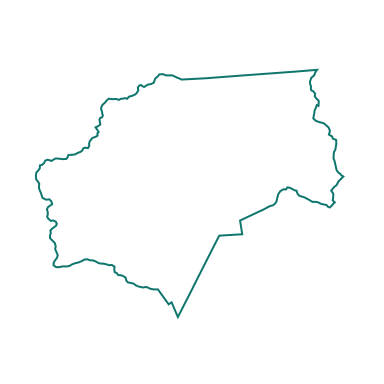 Santa Cruz, Pernambuco, Brazil (Albers equal-area conic projection), rotated 81°
{"feature_id": "56859067B26223419026815", "entity_name": "Santa Cruz", "entity_type": "district", "adm_level": 2, "iso_a3": "BRA", "parent_name": "Brazil", "parent_adm1": "Pernambuco", "projection": "albers", "projection_center": [-40.303, -8.286], "detail": "fine", "context": "isolated", "style": "outline", "palette": "teal", "viewbox_px": 384, "rotation_deg": 81, "n_neighbors": 0, "source": "geoboundaries", "source_scale": "gbopen_adm2", "svg_char_len": 3283}
<svg xmlns="http://www.w3.org/2000/svg" viewBox="0 0 384 384"><g transform="rotate(81 192 192)"><path d="M141.9,338.0L144.9,338.7L147.0,340.8L148.3,342.6L150.5,343.4L153.1,343.8L155.1,343.9L157.1,342.8L159.8,341.6L163.9,342.5L166.4,342.2L169.0,341.4L171.9,341.0L174.4,340.6L176.8,337.2L176.9,334.1L179.0,332.5L182.2,332.0L183.2,334.1L184.4,336.6L186.5,338.0L189.4,337.6L192.0,338.1L193.7,339.0L195.7,338.2L198.4,336.1L198.4,333.5L200.0,331.2L202.3,330.5L204.1,331.6L205.2,333.7L206.4,336.1L207.9,337.9L210.5,337.9L212.8,339.1L215.4,339.4L217.7,337.8L220.9,335.5L224.3,335.1L226.9,336.1L229.6,335.4L233.1,334.5L235.6,335.4L237.0,336.8L238.6,338.4L240.1,339.6L242.7,340.2L244.9,338.1L245.5,334.5L245.2,331.6L245.9,327.7L245.9,324.5L244.8,322.1L244.1,318.9L243.8,315.1L243.0,311.7L241.8,308.3L242.3,305.4L243.5,303.4L244.1,300.4L245.5,298.0L247.6,295.4L248.4,293.4L249.0,290.4L250.2,287.5L251.4,285.2L251.5,282.6L253.7,280.2L256.2,280.9L259.1,280.9L260.3,279.0L262.5,277.9L263.1,275.2L264.3,273.1L266.1,271.0L269.3,270.7L271.3,269.4L272.1,267.1L273.5,263.8L275.2,262.4L276.9,259.8L277.8,257.5L278.7,255.2L278.5,252.6L279.4,250.6L280.9,248.6L282.2,245.2L282.9,240.9L299.3,232.6L297.8,229.4L313.3,225.5L287.1,206.4L284.6,204.7L272.3,195.8L252.5,181.5L239.4,171.9L241.6,149.0L227.7,149.0L223.0,132.9L220.8,125.2L220.1,122.9L219.1,120.2L218.1,117.2L217.8,114.1L216.4,111.7L214.6,110.1L212.4,109.2L207.9,107.3L205.0,104.7L203.6,101.3L204.2,98.8L202.4,97.1L203.0,95.0L204.4,92.9L206.4,90.4L207.0,88.6L210.4,88.0L212.6,86.5L214.8,81.9L218.3,77.3L220.7,74.4L220.9,72.1L221.8,69.2L224.0,66.3L225.8,61.3L227.9,60.0L228.8,58.3L227.2,55.9L225.8,54.4L224.6,52.6L222.3,54.3L217.8,53.0L215.6,52.8L212.4,54.3L209.2,50.7L208.0,48.3L204.5,45.7L200.4,40.1L198.9,41.8L197.2,42.8L195.6,44.5L193.1,45.7L190.5,46.0L188.6,46.0L186.6,46.2L183.2,46.4L181.1,47.0L178.2,46.4L174.8,45.6L172.8,43.9L167.0,41.9L163.1,41.5L161.3,44.6L159.1,44.9L156.7,47.8L154.7,46.8L152.8,46.2L149.5,47.1L144.9,50.9L143.5,53.7L142.4,56.3L140.9,58.7L138.3,60.7L133.3,58.9L130.8,58.2L127.9,56.3L125.7,55.2L126.7,53.6L124.0,53.0L121.7,52.6L118.9,54.7L116.8,55.7L114.1,55.0L111.4,56.5L110.4,58.2L108.4,58.5L106.5,57.9L104.0,58.4L101.5,58.3L97.9,56.3L95.9,53.1L92.8,51.3L90.9,49.4L89.4,69.4L85.0,121.6L81.8,160.8L79.3,184.8L78.2,186.2L77.0,188.4L75.3,190.8L73.7,193.3L73.3,196.2L72.8,199.2L71.1,202.3L70.7,205.8L72.8,208.2L73.9,210.2L75.7,211.4L78.0,212.6L79.0,215.7L79.0,218.6L79.7,220.5L80.8,222.8L79.7,224.5L78.3,225.7L78.7,227.6L80.4,229.1L83.4,229.2L86.1,231.7L87.0,233.5L87.6,235.9L88.0,239.4L89.8,241.5L88.8,243.4L89.0,245.7L88.9,247.9L89.6,249.9L88.5,251.7L88.1,253.8L87.8,256.3L86.8,259.7L88.5,262.3L90.2,264.0L91.3,265.9L92.7,267.5L95.3,268.8L98.3,268.4L100.6,268.3L102.6,268.1L104.2,269.2L104.5,271.1L106.1,272.1L108.3,272.0L111.0,272.0L112.4,274.6L113.0,277.1L115.7,275.9L118.2,274.8L119.3,276.3L121.6,276.5L122.5,278.9L123.0,281.8L124.3,283.3L125.8,285.0L127.9,286.0L130.5,286.3L132.4,287.9L131.6,290.1L131.7,292.4L133.9,294.0L134.9,295.7L135.4,298.3L136.5,301.5L136.6,303.6L136.3,306.0L136.3,308.4L138.2,309.4L139.7,311.0L139.4,314.0L138.7,316.8L138.1,318.9L137.5,321.4L138.4,323.9L139.4,326.0L138.2,327.9L137.5,329.9L138.1,332.0L140.3,333.7L141.7,335.8L141.9,338.0Z" fill="none" stroke="#0f766e" stroke-width="2"/></g></svg>